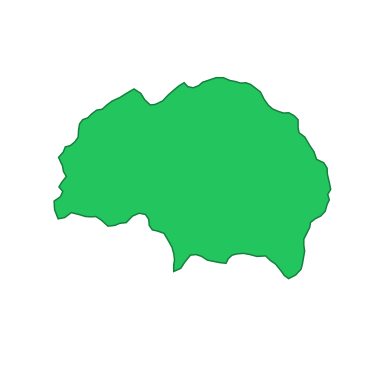 outline of Gabriel Monteiro, São Paulo, Brazil, rotated 337°
{"feature_id": "56859067B44282115877376", "entity_name": "Gabriel Monteiro", "entity_type": "district", "adm_level": 2, "iso_a3": "BRA", "parent_name": "Brazil", "parent_adm1": "São Paulo", "projection": "orthographic", "projection_center": [-50.57, -21.508], "detail": "fine", "context": "isolated", "style": "filled", "palette": "green", "viewbox_px": 384, "rotation_deg": 337, "n_neighbors": 0, "source": "geoboundaries", "source_scale": "gbopen_adm2", "svg_char_len": 1681}
<svg xmlns="http://www.w3.org/2000/svg" viewBox="0 0 384 384"><g transform="rotate(337 192 192)"><path d="M112.0,90.2L108.6,97.1L103.7,100.1L98.2,101.7L93.0,101.0L89.0,105.0L82.7,108.0L83.0,117.4L81.7,122.8L82.4,128.6L75.7,132.3L71.5,135.4L73.3,141.0L69.1,144.9L61.5,146.5L58.6,154.6L58.3,164.4L64.9,165.8L72.8,163.8L79.7,169.0L84.3,172.9L89.1,175.3L94.0,177.1L97.6,182.5L101.3,190.6L108.0,192.6L113.2,192.6L119.5,194.5L127.8,190.9L135.1,190.9L140.4,194.5L141.5,200.1L139.6,206.1L140.7,211.4L144.8,214.3L150.1,219.1L151.4,229.2L152.0,235.1L151.0,242.2L149.3,247.8L146.5,252.3L144.1,258.0L151.7,257.9L158.0,253.7L165.9,249.5L171.3,251.2L175.6,254.9L179.5,260.7L190.0,267.9L195.5,270.9L199.4,267.5L204.2,265.8L209.4,266.6L215.4,268.6L220.9,272.2L226.6,276.7L234.8,279.6L237.3,285.5L240.8,291.1L242.9,298.5L244.4,305.0L247.1,309.5L255.0,308.9L262.3,305.6L265.7,301.1L268.8,296.3L272.6,290.4L274.1,284.8L276.5,279.1L281.2,275.1L286.5,270.6L289.2,266.3L295.3,264.7L301.1,264.4L306.9,261.9L311.6,256.2L315.3,252.9L316.0,247.2L320.7,243.8L322.0,237.5L323.6,228.4L325.7,222.8L324.7,216.6L319.4,210.6L320.0,202.7L318.5,194.9L317.3,185.5L313.7,179.3L314.8,174.2L317.9,167.0L315.8,161.6L312.1,156.9L307.1,155.1L302.6,151.2L298.6,147.0L296.1,141.8L294.6,134.8L294.1,126.7L288.0,115.9L284.4,112.6L279.2,110.7L275.2,107.3L270.5,104.2L265.5,99.0L258.9,96.2L244.5,95.1L239.8,96.7L233.8,96.5L229.3,93.4L227.5,88.3L221.4,89.2L215.1,91.1L208.6,93.2L200.5,96.7L192.3,97.0L187.6,95.6L184.5,88.6L183.4,81.2L178.9,74.5L170.0,75.6L162.9,76.8L153.8,77.1L147.5,78.7L141.7,80.7L136.2,79.4L129.9,81.0L125.2,83.0L119.7,82.7L115.2,85.3L112.0,90.2Z" fill="#22c55e" stroke="#15803d" stroke-width="1.5"/></g></svg>